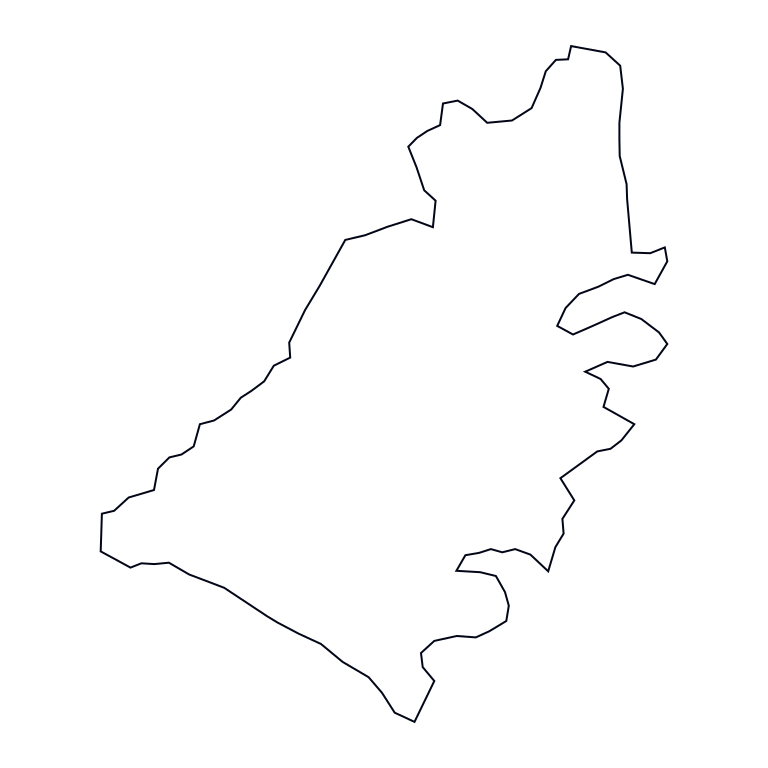 Anahy, Paraná, Brazil (Robinson projection)
{"feature_id": "56859067B93303165514220", "entity_name": "Anahy", "entity_type": "district", "adm_level": 2, "iso_a3": "BRA", "parent_name": "Brazil", "parent_adm1": "Paraná", "projection": "robinson", "projection_center": [-53.136, -24.641], "detail": "fine", "context": "isolated", "style": "outline", "palette": "ink", "viewbox_px": 768, "rotation_deg": 0, "n_neighbors": 0, "source": "geoboundaries", "source_scale": "gbopen_adm2", "svg_char_len": 1571}
<svg xmlns="http://www.w3.org/2000/svg" viewBox="0 0 768 768"><path d="M664.8,247.4L650.2,253.2L631.8,252.6L627.1,199.0L626.6,184.2L619.7,156.0L619.4,139.2L619.4,122.8L622.9,88.8L620.2,65.7L605.6,52.4L571.1,46.1L568.1,59.3L555.9,59.9L545.8,71.2L540.5,87.9L531.6,108.1L512.0,120.5L487.2,122.8L472.3,109.0L457.7,100.6L443.0,103.5L440.1,125.1L427.4,130.9L417.0,137.8L408.3,146.7L416.5,167.2L424.2,190.3L435.6,200.7L432.9,227.2L411.3,219.2L387.7,226.7L364.9,235.3L345.3,239.9L319.7,285.8L305.1,310.0L289.2,342.6L290.2,357.6L273.8,365.7L264.2,381.3L251.5,390.8L240.8,397.7L231.2,409.5L214.0,420.5L199.9,424.2L193.7,446.4L181.5,454.5L169.4,457.4L158.0,468.7L154.0,490.0L128.7,497.5L114.1,510.8L101.9,513.7L100.7,551.4L130.5,567.6L141.4,563.3L154.3,564.1L168.9,562.7L189.2,574.5L224.2,587.8L266.9,616.1L277.8,622.7L298.7,633.7L321.0,644.0L342.6,661.9L368.6,677.2L382.0,692.8L394.7,712.7L414.5,721.9L434.3,681.0L422.7,667.1L421.0,653.0L434.3,640.9L456.7,636.0L475.8,637.4L489.2,631.3L506.3,621.0L508.8,605.7L505.0,592.1L495.9,576.0L480.2,572.2L456.4,570.8L465.4,555.2L479.0,552.9L490.9,549.1L502.3,552.3L515.2,549.1L530.4,554.6L548.2,571.3L555.4,547.1L563.6,533.6L562.4,518.9L574.3,500.4L560.4,478.2L597.3,451.4L610.5,448.8L621.4,440.4L634.3,424.2L603.5,406.9L608.8,388.8L600.6,379.0L585.2,371.7L607.5,361.9L633.1,366.5L655.9,359.6L667.3,344.0L659.1,332.5L641.3,319.0L624.6,312.3L612.7,316.9L591.4,326.5L573.0,334.5L557.2,325.9L565.6,308.0L579.0,293.9L598.6,286.6L613.7,279.1L627.9,274.8L654.7,284.1L667.3,261.3L664.8,247.4Z" fill="none" stroke="#020617" stroke-width="2"/></svg>